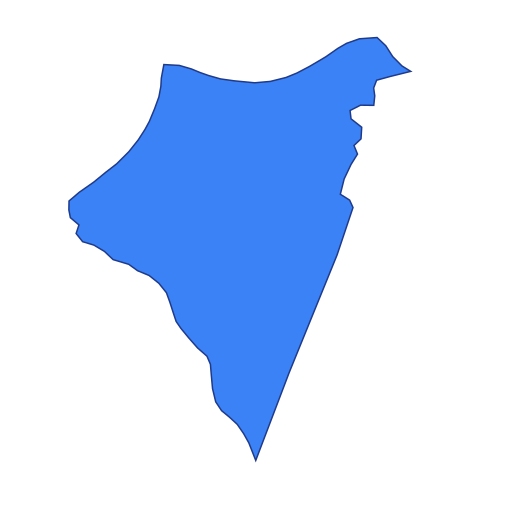 outline of Lucena, Paraíba, Brazil, rotated 262°
{"feature_id": "56859067B15488215620489", "entity_name": "Lucena", "entity_type": "district", "adm_level": 2, "iso_a3": "BRA", "parent_name": "Brazil", "parent_adm1": "Paraíba", "projection": "natural_earth1", "projection_center": [-34.904, -6.922], "detail": "fine", "context": "isolated", "style": "filled", "palette": "blue", "viewbox_px": 512, "rotation_deg": 262, "n_neighbors": 0, "source": "geoboundaries", "source_scale": "gbopen_adm2", "svg_char_len": 1166}
<svg xmlns="http://www.w3.org/2000/svg" viewBox="0 0 512 512"><g transform="rotate(262 256 256)"><path d="M336.5,78.5L327.6,77.1L319.8,77.5L311.4,85.0L303.3,81.0L294.3,86.3L289.4,96.9L281.7,106.5L272.3,114.0L265.5,128.8L257.9,136.7L251.6,147.4L242.5,156.0L232.1,162.2L222.1,164.3L211.1,166.2L202.3,167.8L194.7,171.6L184.1,178.1L173.0,185.4L163.6,193.5L155.1,195.8L144.8,195.2L130.8,194.5L117.2,195.8L107.6,200.4L100.3,207.1L91.9,214.0L81.9,219.0L71.9,222.9L53.6,227.3L135.9,272.6L245.7,336.4L290.5,358.8L298.3,356.5L305.4,348.1L320.0,354.0L333.5,362.9L342.8,370.7L351.8,368.4L357.4,376.3L368.8,378.6L378.6,369.2L387.0,369.4L390.8,380.5L388.8,393.6L398.1,395.9L406.0,395.9L413.3,399.9L415.1,413.8L417.3,434.9L423.9,427.0L434.5,419.1L446.1,413.8L455.5,406.3L456.7,388.6L454.0,375.3L450.2,365.9L443.5,352.7L436.3,335.4L431.5,322.0L428.6,310.6L426.9,294.5L427.7,278.8L432.5,258.8L436.3,245.5L441.3,234.2L445.6,225.9L450.2,218.1L455.4,206.6L458.4,191.4L445.3,187.0L437.2,185.4L427.1,182.0L415.8,176.0L404.1,169.1L396.8,163.7L387.3,155.5L376.9,144.5L366.7,130.9L359.9,119.0L351.8,105.7L343.8,90.0L336.5,78.5Z" fill="#3b82f6" stroke="#1e3a8a" stroke-width="1.5"/></g></svg>